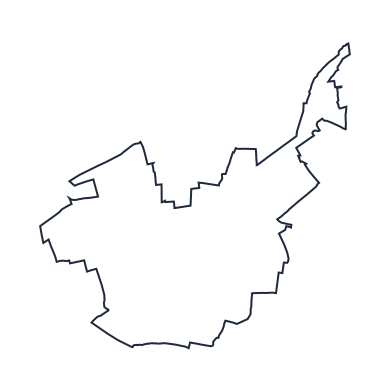 outline of Bals, Iasi, Romania, rotated 94°
{"feature_id": "2599482B11292299887477", "entity_name": "Bals", "entity_type": "district", "adm_level": 2, "iso_a3": "ROU", "parent_name": "Romania", "parent_adm1": "Iasi", "projection": "mercator", "projection_center": [26.966, 47.282], "detail": "fine", "context": "isolated", "style": "outline", "palette": "slate", "viewbox_px": 384, "rotation_deg": 94, "n_neighbors": 0, "source": "geoboundaries", "source_scale": "gbopen_adm2", "svg_char_len": 5779}
<svg xmlns="http://www.w3.org/2000/svg" viewBox="0 0 384 384"><g transform="rotate(94 192 192)"><path d="M236.6,341.1L245.1,339.0L250.1,337.6L251.5,337.3L252.5,337.0L253.2,336.7L252.6,336.0L249.4,331.7L250.5,331.3L253.2,330.1L256.0,328.9L263.2,325.2L264.4,324.7L266.4,323.8L271.1,322.1L269.7,318.0L269.5,315.0L269.7,312.9L269.4,311.3L268.9,309.7L271.7,308.7L267.7,294.8L278.7,291.2L276.5,285.6L275.3,282.1L291.6,275.4L301.0,272.2L303.8,272.0L305.1,271.7L307.2,271.8L308.6,272.2L312.8,271.4L314.4,269.2L315.1,267.3L316.0,267.1L317.1,268.6L320.9,273.5L321.9,274.7L322.7,277.0L323.8,278.4L327.9,282.1L329.3,283.1L339.3,266.2L344.9,255.6L350.4,242.3L350.9,241.0L350.7,240.8L350.6,240.3L350.2,239.9L349.7,240.0L349.1,239.4L348.7,238.8L348.5,237.5L348.4,237.2L348.5,236.8L348.5,236.6L348.4,236.4L348.4,235.8L348.5,235.6L348.5,235.4L348.5,235.2L348.3,234.8L348.2,234.5L348.1,233.7L348.0,233.4L348.0,233.1L348.1,232.5L348.2,231.4L348.1,231.0L347.9,230.8L347.9,230.7L347.7,230.1L347.7,229.9L347.6,229.6L347.4,229.3L347.4,229.2L347.3,228.8L346.9,228.0L346.9,227.5L346.7,226.7L346.4,225.7L346.3,225.4L346.4,225.0L346.3,224.5L346.2,224.3L346.2,224.0L345.6,221.6L345.5,221.2L345.7,220.5L345.7,219.0L345.5,217.9L345.6,216.1L345.5,213.8L345.1,211.7L344.7,208.7L344.8,207.1L345.4,197.8L346.7,188.0L346.7,187.7L348.0,184.4L342.3,183.4L342.9,177.6L343.9,169.0L344.2,166.0L344.5,161.9L343.7,160.5L343.2,160.3L342.6,160.2L339.9,160.4L336.3,157.8L335.6,156.9L335.7,155.5L333.8,155.1L331.7,154.3L329.7,153.0L327.4,152.0L323.5,150.9L321.4,150.7L320.7,150.5L318.5,149.9L318.0,149.7L319.4,141.9L320.4,138.4L320.4,137.8L314.9,127.7L310.0,125.1L306.8,125.1L304.4,125.3L303.2,125.0L302.0,124.9L297.4,125.0L296.1,125.1L288.9,125.0L288.6,123.8L288.5,122.2L288.3,121.5L288.3,120.3L288.3,119.9L288.1,118.9L287.7,114.0L287.4,109.0L287.1,107.9L286.8,104.3L287.0,101.1L279.3,100.7L266.3,99.9L266.6,96.2L259.4,95.7L256.0,95.4L256.0,92.2L254.7,91.3L251.7,91.0L249.1,91.8L246.7,92.5L245.4,93.0L238.4,96.2L229.9,100.9L227.4,102.4L223.3,96.4L219.5,95.5L220.1,92.1L220.6,90.8L217.8,90.6L216.7,98.4L216.4,100.2L216.1,101.2L215.5,102.4L214.8,103.4L213.3,105.1L211.6,102.9L210.3,101.4L208.9,99.9L207.6,98.8L207.0,98.2L205.4,96.3L204.2,95.1L203.7,94.7L203.0,94.3L202.7,94.1L202.6,93.9L193.8,85.0L186.8,77.5L179.6,70.2L178.2,68.8L177.3,68.1L176.6,67.9L176.3,67.6L175.2,67.2L174.0,65.9L168.5,71.4L162.2,77.3L156.8,81.3L155.8,80.0L153.8,84.5L154.4,85.7L150.3,87.8L150.0,87.4L148.5,88.6L148.3,88.1L148.0,87.6L147.8,87.1L147.8,86.6L140.7,91.1L130.1,78.0L127.2,74.3L125.1,76.0L124.5,76.0L123.8,75.7L123.3,75.4L122.7,74.9L122.3,74.2L122.1,73.6L122.1,72.8L122.2,71.8L122.5,70.9L122.4,70.1L122.1,69.4L121.7,68.9L117.0,72.1L116.0,72.3L114.9,72.1L113.8,71.8L113.2,71.4L112.5,70.4L112.0,69.6L111.3,69.1L110.2,67.8L109.8,67.0L111.0,65.9L111.7,64.5L111.5,62.8L113.0,57.9L116.3,49.0L117.0,47.5L117.7,46.2L118.8,43.4L118.7,43.1L118.0,42.9L117.6,43.0L116.7,43.2L115.4,43.2L114.5,43.3L113.5,43.2L112.5,43.2L111.5,43.5L109.8,43.7L105.4,44.1L103.1,44.2L102.2,44.1L101.7,43.9L99.8,44.0L98.9,43.9L96.1,44.0L96.9,46.1L98.4,50.2L98.0,50.7L97.5,51.2L96.8,51.7L96.3,51.9L95.9,52.0L95.3,51.9L94.3,52.3L93.7,52.6L92.6,53.4L92.2,53.5L91.5,53.0L90.6,52.4L87.3,53.0L85.9,53.4L85.3,53.5L84.3,53.4L83.4,53.5L82.7,53.5L81.3,53.9L80.1,54.0L78.0,54.7L77.6,52.7L77.3,51.2L77.0,50.3L76.3,50.4L77.5,56.5L75.6,57.0L72.2,57.6L71.3,57.9L71.7,59.9L71.9,60.8L72.2,62.5L72.3,63.2L72.4,63.7L70.7,62.7L68.9,61.8L67.5,60.9L65.9,59.3L61.6,56.9L60.7,55.8L60.1,54.7L59.3,55.0L58.1,55.5L57.0,55.5L56.1,54.8L52.1,52.6L50.3,51.5L49.6,51.3L49.0,51.3L43.6,44.1L40.9,44.8L38.8,45.1L33.1,46.4L33.6,47.0L33.9,47.5L33.6,47.8L33.9,48.2L34.4,48.7L35.2,49.0L35.5,49.6L35.6,50.4L35.8,51.0L36.4,51.4L38.4,52.4L38.8,52.8L39.4,53.8L40.0,54.3L42.0,55.5L42.9,55.3L43.8,55.2L44.8,55.3L47.4,58.2L48.9,59.7L52.5,63.9L54.2,65.5L56.6,67.6L59.5,70.2L62.1,72.0L64.1,73.9L66.0,75.0L67.3,75.1L68.0,75.6L70.1,77.8L72.8,78.8L77.2,80.3L77.7,80.3L79.5,80.6L80.6,80.8L83.1,81.8L83.8,82.2L85.1,81.6L85.4,81.2L90.7,83.0L92.9,83.6L94.8,83.9L95.5,83.9L95.7,86.9L98.7,86.7L101.1,86.7L102.9,86.7L104.0,86.7L112.2,88.7L124.3,91.5L128.2,91.7L128.3,91.7L128.7,91.6L129.3,92.1L130.1,93.0L133.5,97.1L135.4,99.2L136.9,101.1L140.7,105.6L145.8,111.5L147.9,114.1L149.5,116.0L151.4,118.2L154.9,122.2L156.7,124.3L159.7,127.8L160.5,128.8L160.7,129.3L159.2,129.4L154.6,130.1L147.6,130.9L144.7,131.4L145.0,138.1L145.2,142.0L145.4,145.0L145.6,146.9L145.7,148.1L145.7,149.9L145.2,151.4L146.7,151.8L149.7,152.9L149.5,153.9L155.2,155.5L161.8,156.9L162.9,157.5L164.8,158.0L165.1,158.3L166.7,158.5L168.8,159.0L170.8,159.5L171.7,159.7L171.8,162.1L171.9,162.4L172.3,163.4L176.6,162.8L178.7,163.7L178.9,164.0L180.0,164.6L181.8,165.5L182.9,165.6L183.6,165.6L183.2,171.3L182.3,182.0L182.2,186.1L187.3,185.0L187.5,185.0L188.3,189.7L189.0,192.9L205.7,192.5L208.4,204.4L209.3,208.3L202.8,209.4L203.9,217.9L203.1,218.0L202.6,218.2L203.3,219.1L203.8,220.4L204.2,220.7L204.4,221.5L186.5,222.9L187.5,228.3L186.2,228.5L185.4,228.8L179.8,229.6L175.2,230.5L174.3,231.7L169.9,232.6L168.1,233.3L167.0,233.3L165.8,232.6L167.5,238.3L155.5,242.2L150.4,244.1L145.6,246.9L146.3,247.7L146.7,247.9L147.0,248.4L147.2,248.8L147.8,251.6L148.4,253.1L149.2,254.2L150.6,256.0L156.1,262.1L156.9,263.1L159.4,265.5L162.7,270.9L165.3,275.2L168.2,280.0L172.5,287.8L182.2,304.4L183.6,306.5L185.8,309.6L189.8,315.0L193.9,309.6L192.2,306.1L188.9,298.2L186.3,291.3L203.1,285.4L203.6,287.4L203.9,288.7L205.1,294.3L205.4,296.3L205.8,299.4L206.6,302.1L207.0,304.0L207.9,306.9L208.1,308.2L208.2,308.9L208.1,310.9L207.9,311.7L207.7,312.4L207.4,312.9L206.9,313.6L206.7,314.0L207.9,313.2L212.4,311.3L213.4,313.2L217.7,319.6L218.5,320.7L219.1,321.2L220.3,322.0L221.1,322.7L222.1,323.8L223.7,325.6L227.8,330.5L236.6,341.1Z" fill="none" stroke="#1e293b" stroke-width="2"/></g></svg>